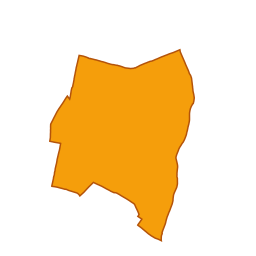 outline of Wang Thonglang, Bangkok Metropolis, Thailand, rotated 202°
{"feature_id": "78962969B59221573730573", "entity_name": "Wang Thonglang", "entity_type": "district", "adm_level": 2, "iso_a3": "THA", "parent_name": "Thailand", "parent_adm1": "Bangkok Metropolis", "projection": "albers", "projection_center": [100.609, 13.777], "detail": "fine", "context": "isolated", "style": "filled", "palette": "amber", "viewbox_px": 256, "rotation_deg": 202, "n_neighbors": 0, "source": "geoboundaries", "source_scale": "gbopen_adm2", "svg_char_len": 5117}
<svg xmlns="http://www.w3.org/2000/svg" viewBox="0 0 256 256"><g transform="rotate(202 128 128)"><path d="M147.2,47.0L145.7,50.1L144.8,52.0L143.4,55.8L142.2,58.9L139.7,64.6L137.1,64.4L136.4,64.4L135.1,64.3L133.5,64.3L132.3,64.2L131.4,64.2L131.0,64.2L130.0,64.1L129.3,64.0L127.6,63.8L126.7,63.7L125.4,63.5L124.1,63.4L122.9,63.3L121.0,63.1L120.1,62.9L119.9,62.9L119.6,62.9L118.7,62.9L117.2,62.8L116.8,62.8L116.6,62.9L116.4,62.9L116.1,63.1L115.6,63.2L115.3,63.3L115.0,63.4L114.8,63.4L114.4,63.4L114.0,63.4L113.6,63.4L112.3,63.2L111.2,63.1L109.2,62.7L107.1,62.4L105.8,62.2L103.6,61.9L101.8,61.6L99.6,61.2L97.9,60.8L95.9,60.4L94.8,60.2L94.2,60.0L93.8,59.9L93.7,59.9L93.5,59.7L93.2,59.5L92.8,59.2L92.2,58.6L91.0,57.4L89.0,55.6L87.6,54.3L85.4,52.0L85.7,49.7L85.4,49.7L84.7,49.5L82.3,49.0L81.0,48.7L81.2,47.7L81.5,46.6L81.8,45.1L82.2,43.5L82.5,42.3L82.6,41.6L82.4,41.5L82.0,41.4L79.5,40.8L79.3,40.7L78.0,40.4L77.5,40.2L76.9,40.0L76.7,39.9L76.4,39.8L75.9,39.7L75.4,39.5L75.0,39.4L74.0,39.0L73.4,38.9L71.4,38.2L70.4,37.9L70.2,37.8L68.8,37.4L66.9,37.0L66.8,36.9L65.1,36.6L64.9,36.6L64.4,36.5L64.1,36.5L63.8,36.4L63.5,36.4L62.6,36.2L62.0,36.1L61.9,36.1L61.7,36.1L61.1,36.1L60.6,36.1L59.2,36.2L58.6,36.2L57.7,36.2L56.4,36.1L54.9,36.0L55.2,36.5L55.9,38.3L56.4,39.7L56.6,40.5L56.7,40.9L56.7,41.0L56.7,41.9L56.7,42.2L56.7,42.7L56.8,43.1L57.0,43.3L57.2,43.6L57.2,43.8L57.3,44.9L57.3,45.2L57.4,46.6L57.4,48.2L57.5,52.4L57.6,54.1L57.7,54.5L57.8,55.2L58.0,56.3L58.4,60.0L58.4,63.1L58.5,65.3L58.4,66.1L58.4,67.5L58.5,70.4L58.6,74.3L58.7,74.9L59.0,76.9L59.1,77.5L59.8,79.5L60.5,82.2L60.6,82.4L60.8,84.1L60.8,85.4L60.7,88.1L60.6,90.5L60.6,91.1L60.7,92.0L60.9,93.0L61.1,94.2L61.3,94.9L62.4,97.5L63.4,99.9L63.5,100.0L63.8,100.4L64.2,100.9L64.3,101.0L64.5,101.4L65.2,103.4L65.5,104.0L65.8,104.9L66.6,107.6L67.3,110.2L67.5,110.7L67.9,111.6L68.6,112.8L70.7,115.8L72.4,118.2L72.4,118.4L72.5,118.8L72.7,119.4L72.8,120.9L72.9,121.4L72.9,122.6L72.9,125.3L72.9,125.7L72.9,126.1L73.0,127.6L72.8,129.6L72.4,131.6L72.1,133.5L72.1,133.8L71.6,135.4L71.5,136.0L71.3,138.4L71.3,138.9L71.3,139.7L71.3,141.1L71.4,143.7L71.9,146.3L72.0,147.5L72.1,148.2L72.6,150.7L72.7,151.2L73.1,154.4L73.7,157.5L74.1,158.8L75.0,161.0L76.3,164.2L76.6,165.1L77.0,166.8L77.2,167.9L77.4,169.5L77.4,169.9L77.4,170.3L77.4,171.5L77.3,172.7L77.1,173.8L77.2,174.4L76.8,174.9L76.7,175.0L76.7,175.4L76.7,175.5L76.8,176.1L76.9,176.5L77.0,177.5L77.5,179.4L77.6,179.9L78.0,181.0L79.6,183.7L81.6,186.6L81.7,186.8L82.4,188.2L83.4,190.0L83.6,190.5L84.9,192.8L87.6,197.7L87.9,198.2L88.3,198.6L88.8,199.2L89.5,200.0L89.8,200.3L91.0,201.1L91.2,201.3L91.4,201.4L92.9,203.1L93.4,203.7L95.6,205.8L98.4,208.5L99.8,210.0L105.6,215.7L108.1,218.2L109.2,220.0L112.2,217.0L114.4,214.8L115.5,213.9L117.6,212.1L119.4,210.3L120.2,209.6L122.3,207.6L123.3,206.7L124.6,205.4L126.6,203.3L127.1,202.8L128.3,201.7L129.5,200.4L129.7,200.2L131.1,198.9L132.4,198.1L132.7,197.9L133.1,197.4L134.2,196.5L134.7,195.9L135.8,194.9L136.8,194.0L137.5,193.3L139.4,191.4L140.3,190.5L140.5,190.3L141.2,189.4L141.3,189.3L141.4,189.1L142.5,187.9L142.8,187.6L143.6,186.5L144.0,186.4L144.4,186.2L145.1,185.5L145.2,185.4L145.3,185.4L146.5,184.8L147.7,184.2L147.8,184.1L148.1,184.0L148.3,184.0L153.1,182.7L155.4,182.6L156.2,182.6L157.7,182.5L159.1,182.4L160.3,182.2L161.7,182.1L161.9,181.9L164.6,181.4L164.9,181.4L165.0,181.4L165.6,181.1L167.6,180.7L169.4,180.5L171.3,180.3L173.4,180.2L173.6,180.2L173.8,180.2L174.5,180.1L175.8,180.0L176.5,179.9L177.4,179.7L179.1,179.6L180.0,179.5L180.7,179.4L181.9,179.3L183.0,179.2L183.9,179.0L186.9,178.6L188.7,178.3L188.9,178.3L188.9,178.2L189.0,178.1L190.8,177.9L190.9,178.1L191.0,178.1L193.2,178.1L193.3,178.1L195.9,177.9L196.2,177.9L198.8,177.4L200.0,177.1L200.5,177.0L199.9,173.1L199.6,171.2L199.2,168.8L199.2,168.3L199.0,167.4L198.8,166.1L198.7,165.0L198.2,162.8L197.7,160.0L197.2,157.7L197.0,156.3L196.6,154.5L196.5,153.7L196.2,152.9L196.0,151.9L195.7,150.3L195.5,149.5L195.2,147.6L194.9,146.1L194.8,145.7L194.8,145.4L195.1,144.1L194.7,141.6L194.1,139.1L193.6,136.9L193.1,134.6L192.9,132.9L194.2,133.7L196.2,134.9L196.8,132.4L197.3,129.4L197.9,126.1L198.3,124.5L198.8,122.0L199.3,119.9L199.5,118.6L199.9,116.5L199.9,116.2L200.0,115.3L200.3,111.9L200.6,108.8L200.7,107.0L200.9,105.1L201.0,103.8L201.1,102.9L201.1,102.6L201.0,102.4L201.0,102.2L200.7,101.4L200.2,100.0L199.6,98.7L199.0,96.9L198.3,95.3L197.6,93.2L197.2,92.2L196.8,91.1L196.5,90.4L196.3,89.7L196.1,88.8L195.6,86.6L195.5,86.4L194.4,86.6L192.3,87.0L191.0,87.2L186.9,88.1L184.8,88.5L184.7,88.5L184.3,86.7L183.6,83.5L183.2,81.3L183.1,80.2L182.8,78.0L182.5,76.2L182.1,73.5L181.9,72.2L181.5,70.7L181.0,68.2L180.8,66.6L180.4,64.2L180.3,63.4L180.2,63.0L179.7,61.1L179.6,60.9L179.6,60.5L179.5,59.4L179.4,59.0L179.0,57.8L178.7,56.5L178.7,56.4L178.7,55.9L178.7,55.6L178.5,54.2L178.2,53.2L177.8,50.9L177.6,49.7L177.2,47.3L176.9,45.5L176.8,45.4L176.7,45.4L174.0,46.1L171.6,46.6L169.9,46.8L168.3,47.0L167.6,47.1L166.1,47.3L164.1,47.5L163.4,47.6L162.8,47.9L162.6,47.9L162.3,48.0L159.7,47.9L156.4,48.2L153.7,48.4L151.3,48.6L150.2,48.5L149.0,48.1L148.4,47.8L147.6,47.3L147.2,47.0Z" fill="#f59e0b" stroke="#b45309" stroke-width="1.5"/></g></svg>